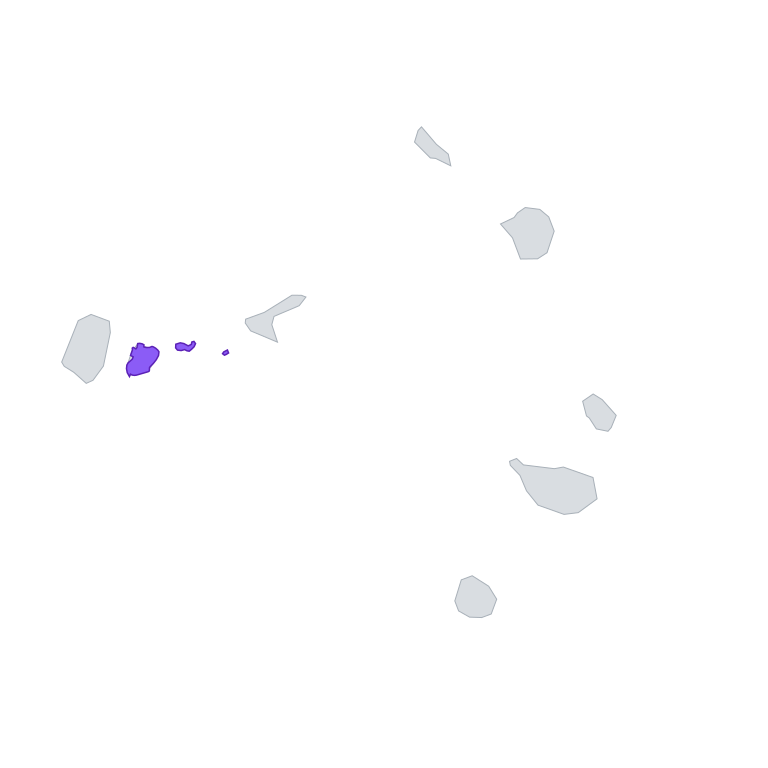 São Vicente on a map of Cabo Verde (Natural Earth projection), rotated 320°
{"feature_id": "CPV-5059", "entity_name": "São Vicente", "entity_type": "state/province", "adm_level": 1, "iso_a3": "CPV", "parent_name": "Cabo Verde", "parent_adm1": "", "projection": "natural_earth1", "projection_center": [-24.866, 16.764], "detail": "fine", "context": "in_parent", "style": "filled", "palette": "violet", "viewbox_px": 768, "rotation_deg": 320, "n_neighbors": 0, "source": "natural_earth", "source_scale": "10m", "svg_char_len": 2042}
<svg xmlns="http://www.w3.org/2000/svg" viewBox="0 0 768 768"><g transform="rotate(320 384 384)"><path d="M484.0,590.0L473.4,608.9L450.1,607.4L438.1,599.6L424.1,575.8L424.5,557.4L429.4,541.4L428.5,527.5L430.5,523.9L437.7,526.3L438.8,535.6L460.1,558.4L468.0,562.9L484.0,590.0ZM180.6,189.9L163.5,194.1L156.3,192.1L153.9,175.7L150.4,164.9L151.2,160.0L190.5,138.9L204.3,142.4L213.9,159.3L207.4,168.7L180.6,189.9ZM576.1,336.3L590.7,340.1L596.3,338.7L605.6,339.6L615.6,350.4L617.6,361.9L612.6,376.3L593.3,388.2L582.1,386.8L568.9,376.0L576.4,354.6L576.1,336.3ZM332.0,621.3L318.3,629.1L308.7,625.7L299.7,617.6L295.3,605.8L298.8,595.7L317.3,583.7L328.3,587.6L334.2,606.2L332.0,621.3ZM370.5,256.8L377.7,262.9L380.1,267.2L369.4,269.5L343.2,261.5L336.2,266.4L329.3,283.5L316.0,257.6L316.9,248.1L319.7,245.4L338.3,252.2L370.5,256.8ZM530.1,563.4L525.2,564.2L517.8,554.9L519.4,542.0L518.6,538.6L525.1,524.9L537.8,526.1L541.1,536.3L541.7,557.3L530.1,563.4ZM230.2,216.4L215.8,221.3L206.8,220.7L194.0,213.4L198.0,205.5L211.9,196.8L221.5,194.9L229.3,210.5L230.2,216.4ZM581.0,249.2L575.4,259.8L568.5,244.3L564.8,240.6L562.9,218.3L573.1,211.7L578.0,211.1L578.2,234.1L581.0,249.2Z" fill="#d9dde1" stroke="#a8b0b8" stroke-width="1"/><path d="M224.4,200.5L223.9,201.4L225.4,203.3L227.9,205.3L230.4,206.1L231.2,207.3L232.1,209.8L232.5,212.7L232.3,214.7L229.5,217.3L225.2,219.0L220.4,220.0L215.9,220.4L214.8,220.8L213.1,222.7L212.4,223.2L211.2,223.0L200.1,218.1L198.4,217.0L197.0,215.5L196.1,213.5L193.8,214.7L194.6,210.3L196.6,206.7L199.2,204.2L201.6,203.3L207.1,203.2L209.3,202.0L208.2,199.2L213.2,196.2L214.2,194.7L215.4,194.7L216.5,197.6L218.2,197.3L221.3,194.7L223.0,195.8L224.6,197.8L225.3,199.7L224.4,200.5ZM250.1,219.7L254.4,221.5L256.7,224.4L258.5,228.9L261.8,229.8L263.8,228.3L265.8,229.2L265.6,231.9L262.5,233.4L259.0,233.7L255.9,233.7L254.4,231.9L253.4,229.5L250.1,228.0L247.6,225.3L247.6,222.4L250.1,219.7ZM281.8,256.4L285.9,257.3L284.9,260.3L282.4,260.0L280.3,259.4L279.8,257.0L281.8,256.4Z" fill="#8b5cf6" stroke="#5b21b6" stroke-width="1.5"/></g></svg>